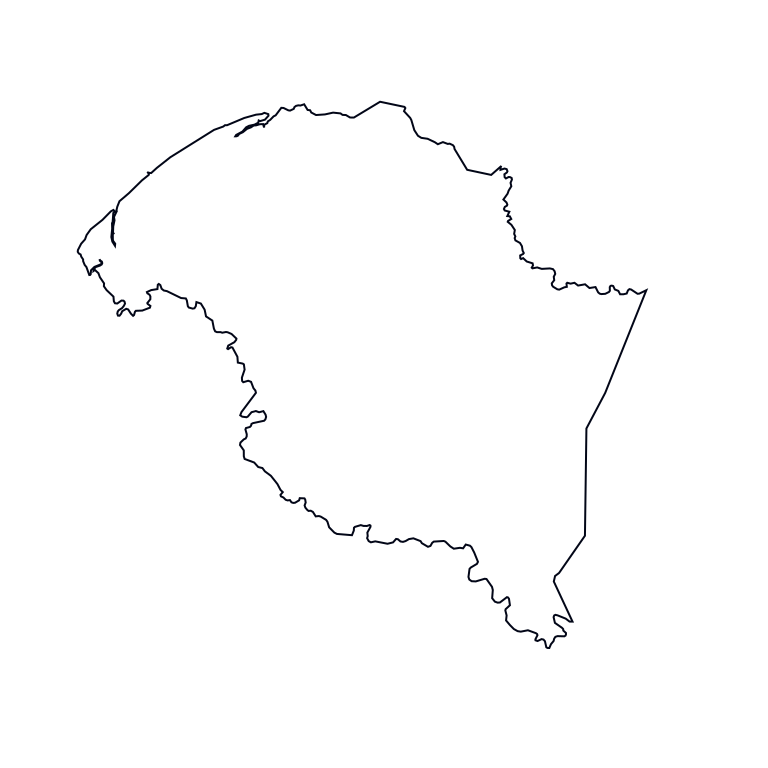 the district of Los Santos, Los Santos, Panama, rotated 259°
{"feature_id": "35544464B37461869790758", "entity_name": "Los Santos", "entity_type": "district", "adm_level": 2, "iso_a3": "PAN", "parent_name": "Panama", "parent_adm1": "Los Santos", "projection": "orthographic", "projection_center": [-80.429, 7.876], "detail": "fine", "context": "isolated", "style": "outline", "palette": "ink", "viewbox_px": 768, "rotation_deg": 259, "n_neighbors": 0, "source": "geoboundaries", "source_scale": "gbopen_adm2", "svg_char_len": 6149}
<svg xmlns="http://www.w3.org/2000/svg" viewBox="0 0 768 768"><g transform="rotate(259 384 384)"><path d="M294.9,261.2L293.4,261.4L291.8,263.6L289.1,265.4L288.1,267.2L288.0,269.5L285.5,270.6L284.6,272.2L284.4,274.0L286.0,278.5L288.0,279.5L286.9,284.1L285.6,284.6L282.6,284.5L280.0,282.9L277.7,283.2L275.1,284.6L273.8,285.7L273.6,287.9L272.0,289.8L267.1,291.7L266.8,294.9L265.9,296.6L261.6,301.3L259.5,302.2L253.8,302.8L247.6,306.9L245.8,309.2L241.7,323.7L245.9,326.4L248.6,327.1L249.3,328.2L249.9,334.3L248.6,336.8L247.9,340.1L248.3,343.0L247.6,343.7L246.4,343.5L241.3,339.3L237.8,339.0L235.9,338.0L232.7,339.0L231.1,340.9L231.2,345.4L226.5,357.0L226.8,362.7L229.6,366.3L229.0,368.0L226.3,370.1L225.4,372.5L225.7,375.2L227.0,378.9L226.9,383.4L222.8,389.9L220.5,390.8L215.8,396.1L216.2,398.7L218.9,401.0L219.8,402.8L218.5,412.7L217.5,414.2L211.9,418.1L209.0,421.1L208.7,427.3L207.6,430.3L210.8,433.6L208.9,437.5L207.2,438.7L201.3,440.4L191.5,442.3L189.7,440.9L187.3,434.2L186.2,432.7L178.5,430.1L175.8,430.4L173.7,432.4L172.7,436.4L173.6,445.7L173.0,447.4L164.3,451.3L161.0,451.5L153.1,449.3L149.2,451.3L147.7,453.8L147.4,456.1L151.3,464.0L150.8,465.0L149.3,465.7L142.8,465.4L139.8,460.5L138.6,459.9L133.4,460.2L128.6,458.7L123.4,461.6L118.7,464.7L115.9,468.0L114.8,471.0L114.8,478.3L110.4,485.6L109.3,486.6L108.1,486.7L104.5,483.9L103.5,483.8L102.4,485.7L103.5,490.0L102.7,491.8L100.8,492.9L94.6,493.1L93.7,494.1L93.3,495.9L96.8,498.3L99.3,501.4L101.6,502.5L103.1,504.0L103.4,506.2L101.9,512.9L102.4,514.2L103.6,514.9L104.9,515.1L107.7,513.0L109.3,513.1L110.6,512.3L116.9,506.2L122.8,506.0L124.3,506.9L124.7,508.2L123.8,510.2L119.0,517.6L115.4,520.8L114.8,523.7L157.7,513.0L162.9,515.3L165.1,519.8L196.7,552.3L301.7,574.2L333.0,599.4L426.0,659.4L424.0,651.8L424.2,650.1L429.6,644.6L430.3,643.0L429.3,641.3L426.5,639.5L426.4,636.0L427.0,632.9L430.7,631.8L432.8,628.6L436.4,627.7L437.1,626.4L437.1,625.1L436.0,624.1L432.4,623.5L431.4,622.4L430.3,618.4L430.8,614.5L431.5,613.0L433.1,611.7L438.8,610.1L439.0,604.0L443.5,600.4L443.6,593.3L447.0,590.3L446.9,586.3L448.4,583.2L447.8,582.3L444.5,582.0L444.5,579.5L443.2,574.0L443.9,572.2L447.3,568.5L448.9,567.8L450.8,567.9L453.4,570.9L456.9,571.1L459.4,573.1L462.1,573.0L464.5,571.8L465.8,568.9L466.9,560.8L469.2,556.6L469.2,551.8L470.0,551.2L472.0,552.9L474.1,552.9L477.0,547.5L481.0,544.6L480.5,542.4L481.4,541.8L484.2,542.2L485.1,545.4L485.9,546.2L488.5,545.5L492.9,545.7L496.5,544.4L499.9,540.4L502.3,540.1L503.8,541.1L506.5,540.4L510.2,541.8L516.0,539.4L519.6,536.4L520.4,536.9L521.7,540.4L524.6,539.5L525.3,537.1L529.2,539.9L531.3,535.6L532.9,535.1L534.8,536.4L535.6,538.7L536.5,539.3L538.8,538.9L542.3,536.4L547.2,541.6L550.1,543.3L553.8,546.7L557.3,546.6L560.3,548.6L561.9,548.6L563.1,547.1L563.4,545.8L562.5,542.9L564.0,541.9L566.9,542.2L568.2,545.0L569.3,545.8L571.5,545.4L572.5,543.4L572.0,539.2L574.4,539.8L575.6,540.8L568.8,529.1L578.4,506.5L601.2,498.1L603.6,498.1L605.3,497.2L607.4,494.3L607.5,492.4L610.2,488.0L609.1,482.6L611.6,480.1L616.4,473.6L618.5,467.6L621.2,464.7L627.4,462.2L637.9,461.2L640.2,460.5L648.0,455.7L650.8,457.6L652.1,457.0L661.8,434.0L651.3,405.3L652.1,401.5L655.3,397.9L656.1,394.6L657.9,393.0L660.1,385.8L659.9,377.5L661.0,368.6L664.4,364.4L666.8,363.7L667.6,361.3L673.8,359.0L673.3,355.1L673.9,353.0L673.8,350.7L672.9,348.9L671.3,347.9L670.3,344.0L670.9,342.3L674.1,338.1L674.7,335.9L668.4,328.9L667.8,326.7L665.0,322.7L663.9,320.0L662.3,319.2L661.4,316.0L658.7,315.2L662.2,314.9L662.7,311.7L662.3,307.8L662.6,305.4L661.3,302.3L660.6,298.2L658.1,293.5L657.1,289.6L655.6,287.9L655.3,286.5L655.5,285.3L656.7,286.4L658.8,293.2L662.3,297.7L663.2,300.8L663.3,306.4L664.5,310.4L666.6,311.3L665.7,312.5L666.2,317.6L669.4,321.8L671.0,321.9L673.0,318.3L672.3,315.5L672.8,309.8L671.8,297.6L668.0,279.4L668.4,277.3L667.4,275.4L665.9,265.7L647.4,217.6L639.5,202.3L635.5,195.7L636.3,193.1L637.3,192.1L635.1,193.4L634.1,192.9L630.1,185.3L620.0,170.0L613.9,159.2L608.9,156.0L605.5,154.5L604.7,154.7L599.5,150.8L596.1,150.7L590.4,148.3L584.5,146.9L583.4,147.3L583.0,146.4L577.6,145.4L576.2,145.4L573.0,146.9L571.0,146.3L575.6,144.5L580.3,144.4L588.3,146.8L593.7,147.7L595.0,148.6L603.5,150.9L604.8,152.6L606.5,151.6L605.6,148.8L598.8,138.9L591.9,125.7L587.0,120.5L583.0,118.1L579.5,113.5L573.9,109.1L572.2,108.6L570.4,109.3L569.0,110.9L566.8,111.1L563.7,112.4L562.0,112.1L558.0,112.9L555.6,114.2L547.2,115.5L547.1,116.3L547.7,117.0L551.5,118.1L554.2,122.1L555.6,129.3L557.3,130.1L559.2,128.6L560.8,128.6L559.5,128.9L558.0,130.4L556.4,130.5L555.2,129.7L554.4,127.7L553.8,123.3L552.2,121.2L550.4,120.5L551.1,122.0L547.3,124.8L543.0,125.5L536.2,128.4L533.4,127.7L529.1,129.6L521.4,135.1L516.7,134.6L514.6,135.3L513.9,137.5L516.0,142.2L515.5,144.2L514.4,145.0L512.3,145.1L510.3,143.5L508.5,141.4L507.1,137.8L506.0,136.5L504.0,135.6L501.9,135.9L501.5,137.4L503.2,139.4L505.4,140.9L507.0,145.3L506.0,147.1L501.3,149.0L498.8,150.7L499.4,151.8L502.4,153.3L503.2,154.4L502.2,160.7L503.6,168.8L505.2,169.6L507.7,167.3L508.6,167.1L511.8,170.8L514.6,171.4L516.5,170.8L518.2,169.0L519.5,168.8L520.6,173.4L520.4,179.7L524.6,180.9L525.2,182.0L523.8,183.3L519.9,183.9L517.8,185.7L516.6,188.6L507.1,201.2L505.8,205.8L503.7,206.4L497.8,206.3L496.3,207.0L494.5,210.6L494.5,212.4L496.3,214.1L500.2,215.5L497.9,219.6L491.2,222.1L484.3,222.2L479.0,227.6L470.8,227.6L467.9,228.3L466.8,229.9L466.1,233.5L465.2,235.0L465.2,238.8L464.6,240.4L462.2,243.9L456.7,247.8L455.5,247.3L453.6,245.1L451.4,238.4L448.7,236.9L448.0,237.6L449.3,240.9L448.7,242.2L438.7,245.3L432.9,244.6L431.0,249.2L430.0,250.2L424.7,249.9L417.3,245.7L414.1,245.3L412.6,246.2L413.1,251.3L411.5,253.9L404.7,255.1L402.1,256.5L399.8,256.6L383.6,238.7L380.7,236.9L379.0,238.6L377.6,242.7L378.0,244.1L381.6,248.6L381.9,253.0L380.1,256.0L380.4,260.4L376.5,261.9L374.2,262.0L371.9,260.8L370.8,259.3L370.6,248.0L370.1,246.3L368.4,245.5L367.4,244.1L367.1,240.1L365.8,239.3L360.9,239.7L358.7,239.2L356.9,237.8L356.4,235.8L353.9,231.9L351.6,231.0L345.6,233.7L339.8,232.6L337.0,232.9L331.7,241.6L326.5,244.7L324.7,248.6L321.0,250.4L315.4,255.5L306.1,260.3L299.8,262.2L297.2,264.0L294.9,261.2Z" fill="none" stroke="#020617" stroke-width="2"/></g></svg>